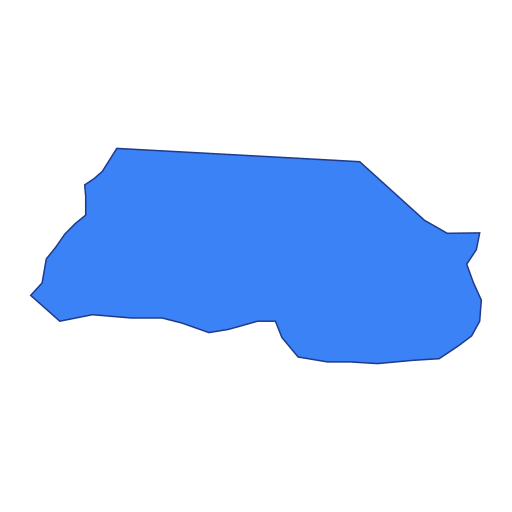 Pano Dikomo, Cyprus
{"feature_id": "46923920B27145570377181", "entity_name": "Pano Dikomo", "entity_type": "district", "adm_level": 2, "iso_a3": "CYP", "parent_name": "Cyprus", "parent_adm1": "", "projection": "mercator", "projection_center": [33.32, 35.282], "detail": "fine", "context": "isolated", "style": "filled", "palette": "blue", "viewbox_px": 512, "rotation_deg": 0, "n_neighbors": 0, "source": "geoboundaries", "source_scale": "gbopen_adm2", "svg_char_len": 599}
<svg xmlns="http://www.w3.org/2000/svg" viewBox="0 0 512 512"><path d="M30.7,295.4L59.8,321.2L92.3,314.7L131.2,318.0L162.0,318.0L181.4,322.9L209.0,332.6L228.4,329.4L257.6,321.2L275.4,321.2L281.9,337.5L298.1,357.0L327.3,361.9L350.0,361.9L377.5,363.6L413.2,360.3L439.1,358.7L458.6,345.7L471.6,335.9L479.7,321.2L481.3,300.1L473.2,282.1L466.7,264.2L476.4,249.6L479.7,232.9L447.2,233.3L424.5,220.3L359.7,161.7L116.8,148.4L102.3,171.4L94.0,178.7L84.7,184.9L85.7,196.4L85.7,215.1L75.3,223.5L65.0,233.9L55.6,247.4L46.3,258.9L42.1,282.9L30.7,295.4Z" fill="#3b82f6" stroke="#1e3a8a" stroke-width="1.5"/></svg>